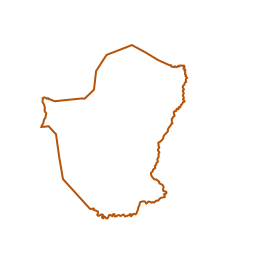 San Sebastian, Lempira, Honduras (Mercator projection), rotated 51°
{"feature_id": "27666195B86153124151915", "entity_name": "San Sebastian", "entity_type": "district", "adm_level": 2, "iso_a3": "HND", "parent_name": "Honduras", "parent_adm1": "Lempira", "projection": "mercator", "projection_center": [-88.697, 14.352], "detail": "fine", "context": "isolated", "style": "outline", "palette": "amber", "viewbox_px": 256, "rotation_deg": 51, "n_neighbors": 0, "source": "geoboundaries", "source_scale": "gbopen_adm2", "svg_char_len": 5766}
<svg xmlns="http://www.w3.org/2000/svg" viewBox="0 0 256 256"><g transform="rotate(51 128 128)"><path d="M51.2,175.6L51.8,175.7L52.6,176.8L54.2,178.1L54.7,178.2L56.1,178.3L57.5,178.7L57.7,178.8L58.0,179.1L58.6,179.2L59.3,179.7L60.0,180.0L60.3,180.1L60.7,180.5L61.4,181.5L61.6,181.6L62.2,181.8L63.0,182.3L63.4,182.3L64.7,182.2L65.0,182.2L65.3,182.4L65.7,182.8L66.6,184.2L67.7,185.3L67.9,185.7L68.2,186.3L68.5,187.4L68.7,188.0L69.0,188.5L70.1,189.7L70.8,190.6L71.2,191.4L72.0,193.6L72.3,194.2L72.7,194.7L76.7,188.6L87.6,187.9L107.7,200.0L126.8,210.7L167.0,208.4L168.3,206.6L168.6,205.8L168.9,205.4L169.1,205.3L169.4,205.4L169.6,205.7L169.8,206.1L170.0,206.3L172.0,204.9L173.7,204.1L174.0,204.0L174.5,204.2L175.0,204.7L175.8,205.8L176.0,206.3L176.1,206.5L176.6,206.6L177.0,206.6L177.5,206.3L177.9,205.9L178.0,205.5L178.1,204.3L178.3,203.5L178.7,202.7L179.1,202.4L179.5,202.2L179.9,202.3L180.2,203.0L180.6,203.9L180.8,204.2L181.4,204.4L182.1,204.5L182.3,204.4L182.5,204.2L182.5,203.9L182.6,203.6L182.5,203.4L182.0,202.5L181.9,202.1L182.2,201.9L184.3,201.7L184.8,201.5L185.2,201.2L185.2,200.9L185.0,199.6L184.1,198.2L183.9,197.7L183.8,197.3L184.0,197.0L184.3,196.7L185.4,196.2L186.2,195.8L186.5,195.7L186.4,195.4L185.9,194.9L185.7,194.5L185.7,194.0L186.0,193.3L186.4,193.0L186.7,192.8L188.1,194.0L188.5,193.8L189.0,193.4L189.1,193.1L189.5,190.7L189.6,190.3L189.8,190.1L190.0,189.9L191.0,189.5L191.8,189.0L191.9,188.7L191.9,188.2L192.1,186.7L192.4,186.0L192.7,185.8L193.3,185.8L193.8,185.8L194.6,186.0L194.9,185.9L195.1,185.6L195.5,184.8L196.0,182.9L196.5,181.9L196.5,181.6L196.3,181.2L196.2,180.9L196.3,180.6L196.4,180.3L196.7,180.1L197.0,180.2L197.4,180.4L198.2,181.2L198.4,181.2L198.5,181.1L198.5,180.4L198.2,178.3L198.2,178.0L198.4,177.6L198.7,177.2L198.9,177.1L199.3,177.0L199.6,176.8L199.9,176.3L199.9,175.9L199.4,174.7L198.0,172.2L197.4,171.3L196.4,170.2L195.9,169.4L195.6,168.8L195.4,168.1L195.3,167.8L194.7,167.0L193.9,166.3L193.6,166.0L193.4,165.3L193.4,164.7L193.5,164.2L194.3,162.9L194.9,161.9L195.4,161.4L195.8,161.2L196.1,161.1L197.1,161.2L197.9,161.4L198.1,161.4L198.3,161.3L198.3,161.1L198.3,160.9L198.0,158.9L198.1,158.5L198.2,158.2L198.6,157.8L201.0,156.5L201.1,156.2L201.0,155.8L201.1,155.5L202.4,154.5L202.2,152.1L202.8,151.0L203.3,150.6L203.4,150.3L203.1,148.6L202.9,147.7L202.9,146.6L203.3,145.6L203.7,145.1L203.8,144.7L204.8,143.0L203.8,142.1L202.2,141.7L202.5,140.5L202.8,140.0L202.9,139.8L202.7,139.1L202.2,138.6L201.8,138.5L201.4,138.6L200.9,138.9L199.4,139.9L199.0,140.1L198.8,140.1L198.4,139.8L197.6,139.2L196.3,137.5L195.6,137.2L195.0,137.0L194.2,137.0L193.4,137.2L192.7,137.5L191.4,138.2L190.8,138.4L190.6,138.4L190.0,138.1L189.8,137.9L189.6,137.6L189.4,137.5L187.1,138.2L186.2,138.2L185.9,138.4L185.5,138.9L184.8,139.5L184.4,139.8L183.8,139.9L181.6,140.0L180.4,139.9L179.6,139.7L178.7,139.3L178.1,139.0L177.6,138.6L177.4,138.4L177.3,138.0L177.3,136.5L177.2,136.1L177.1,135.8L176.4,135.1L176.2,134.7L176.1,133.8L176.1,133.5L176.3,132.7L176.3,132.4L176.2,132.1L176.0,131.8L174.6,131.2L174.3,130.2L174.2,129.4L174.2,129.1L174.0,128.9L173.5,128.5L173.2,128.0L173.1,126.3L173.0,126.0L172.4,125.7L171.4,125.3L170.9,125.0L170.7,124.8L170.3,123.9L169.8,122.4L169.2,121.9L168.3,121.4L167.8,121.0L167.3,120.3L167.1,120.0L167.0,119.4L166.6,118.9L166.3,118.8L164.9,118.8L164.2,118.8L164.0,118.7L163.8,118.5L163.6,118.2L163.1,116.7L162.8,115.9L162.6,115.8L161.8,115.8L160.9,115.5L160.7,115.4L160.6,115.0L160.5,114.8L159.4,114.3L158.9,114.0L158.5,113.6L158.6,112.9L158.9,112.2L158.9,111.9L158.7,110.9L158.7,110.4L158.8,109.5L158.6,108.6L158.5,108.0L158.1,107.3L156.9,105.5L156.5,104.8L156.4,104.0L156.0,101.8L155.9,100.3L155.7,99.2L155.4,98.7L154.8,98.5L154.5,98.2L153.9,97.3L153.6,96.5L153.1,94.7L152.7,93.0L152.2,91.8L152.2,91.4L152.4,90.9L152.4,90.7L152.0,90.4L150.3,89.8L149.4,88.9L148.5,88.3L148.4,87.7L148.3,86.9L147.7,85.9L147.9,84.5L147.9,84.2L147.7,84.0L147.3,83.8L146.0,83.5L145.5,83.1L144.6,82.6L144.4,82.4L144.3,81.3L144.4,80.6L144.6,80.4L145.0,80.3L145.0,80.0L144.9,79.7L144.7,79.3L144.2,78.7L143.9,78.3L144.8,77.5L145.0,77.3L145.1,77.1L144.9,76.8L144.3,76.3L143.9,76.0L143.8,75.8L143.8,75.6L143.9,75.4L144.3,75.2L144.6,75.0L144.7,74.7L144.6,74.1L144.0,73.6L143.9,73.2L143.9,72.8L143.9,72.6L143.4,72.2L143.4,71.8L143.4,71.1L143.2,70.4L143.0,69.9L142.7,69.5L142.6,69.2L142.6,68.6L142.9,68.2L143.0,67.9L143.0,67.5L142.9,67.4L142.6,67.1L142.0,67.0L141.5,67.1L140.9,67.3L140.5,67.3L140.3,67.2L140.0,66.8L139.9,66.0L139.6,65.5L139.3,65.4L137.8,65.1L137.4,65.0L137.1,64.6L136.5,63.6L136.0,62.7L135.8,62.6L135.1,62.5L134.2,62.3L133.8,62.1L133.6,61.9L133.4,61.7L133.3,61.4L133.3,60.8L133.3,60.4L133.2,60.2L132.7,60.1L131.8,60.1L131.3,60.0L130.7,59.7L130.1,59.2L129.9,58.9L129.8,57.1L129.5,56.6L128.9,55.9L128.5,55.0L128.5,54.5L128.7,53.9L128.7,53.7L128.1,53.4L127.4,53.1L126.8,52.6L126.5,52.4L126.4,52.1L126.2,51.4L126.1,51.0L126.2,50.6L126.2,50.4L125.7,50.4L123.8,50.6L123.3,49.6L122.9,49.6L122.2,49.8L121.7,49.7L120.6,48.3L119.9,48.3L119.1,48.0L119.0,47.0L118.8,47.0L118.5,46.8L118.3,46.9L116.9,47.6L116.6,47.3L116.3,46.6L116.2,46.3L116.2,45.8L116.1,45.5L115.9,45.4L115.7,45.3L114.8,45.3L114.6,45.3L114.5,45.5L114.6,45.9L114.4,46.3L113.4,46.7L113.0,47.4L112.5,47.9L112.3,48.1L112.1,48.6L112.3,49.1L112.2,49.7L111.4,49.8L111.5,51.1L111.2,51.7L111.1,52.1L110.9,52.2L109.7,52.6L109.8,53.2L109.8,53.8L109.6,54.0L108.7,54.5L108.2,55.0L107.7,55.5L107.4,55.2L107.1,55.1L106.7,55.0L106.4,55.1L106.1,55.3L105.9,55.5L105.6,56.1L94.1,61.9L80.9,66.6L66.0,72.8L57.7,98.7L63.7,117.0L76.8,130.3L77.9,143.1L75.7,145.7L61.0,168.2L55.8,171.1L55.6,171.3L55.4,171.5L55.1,171.5L54.6,171.4L54.4,171.4L54.3,171.6L54.3,172.2L54.2,172.6L53.3,173.0L52.9,173.1L51.7,173.6L51.5,173.8L51.4,174.1L51.3,174.9L51.2,175.6Z" fill="none" stroke="#b45309" stroke-width="2"/></g></svg>